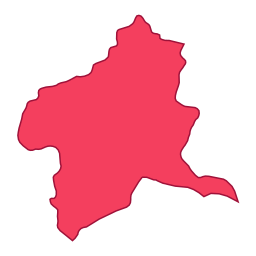 outline of Gunma
{"feature_id": "JPN-3503", "entity_name": "Gunma", "entity_type": "Prefecture", "adm_level": 1, "iso_a3": "JPN", "parent_name": "Japan", "parent_adm1": "", "projection": "albers", "projection_center": [138.983, 36.504], "detail": "fine", "context": "isolated", "style": "filled", "palette": "rose", "viewbox_px": 256, "rotation_deg": 0, "n_neighbors": 0, "source": "natural_earth", "source_scale": "10m", "svg_char_len": 2542}
<svg xmlns="http://www.w3.org/2000/svg" viewBox="0 0 256 256"><path d="M138.9,15.4L141.0,16.1L142.3,17.5L143.0,18.4L144.4,20.8L145.2,21.9L146.3,22.9L147.3,23.5L147.5,23.6L148.9,24.7L149.8,26.1L151.6,32.0L153.4,33.3L155.5,33.7L157.2,33.9L159.6,35.0L160.0,38.4L161.6,39.4L165.0,40.4L169.2,40.5L184.0,44.1L180.8,50.5L180.1,53.0L180.6,55.4L182.6,57.9L184.3,59.4L185.5,60.8L185.7,62.6L185.3,63.9L184.1,65.6L182.8,67.7L181.2,69.8L179.6,72.2L179.0,74.8L179.2,82.7L178.4,85.7L176.3,91.7L175.4,95.4L175.2,98.4L176.2,101.0L181.2,104.5L183.3,105.7L184.9,106.4L195.1,107.6L197.2,108.7L198.9,110.7L199.2,113.5L198.7,115.8L197.7,117.9L195.7,119.6L194.4,121.9L193.9,123.3L193.2,125.0L191.7,127.1L190.7,129.1L190.0,131.5L189.7,134.1L188.4,137.4L187.6,140.7L185.0,145.2L183.8,146.7L182.0,149.5L181.3,150.8L180.7,152.3L180.5,154.3L180.9,156.5L181.7,158.6L183.5,160.8L188.6,166.0L189.9,168.6L191.5,170.9L195.4,175.3L198.3,177.6L200.7,177.5L203.0,176.6L205.4,176.1L208.9,176.3L223.5,179.2L226.3,180.8L232.0,186.4L234.6,191.1L238.1,201.8L227.2,196.1L219.2,193.8L210.9,193.4L203.9,196.6L199.0,192.7L193.6,189.5L187.8,187.3L175.2,186.1L162.9,183.2L157.2,180.7L156.2,180.0L153.6,179.8L146.9,177.3L142.5,177.2L141.8,177.7L138.7,181.8L131.9,192.9L131.0,195.0L130.7,197.3L130.7,199.7L130.4,202.7L129.2,205.1L126.6,207.1L116.2,210.9L99.3,219.0L86.5,226.9L83.3,227.5L81.0,228.5L79.4,230.1L78.4,231.7L77.8,233.8L77.8,234.1L77.8,234.3L75.1,238.2L72.5,240.6L60.1,230.6L57.8,227.6L57.4,225.3L57.8,223.2L58.0,221.0L57.5,216.4L57.8,212.1L57.7,209.7L55.8,207.8L53.6,206.2L51.2,203.9L50.4,201.8L50.0,199.3L51.3,198.4L54.2,198.4L55.5,197.0L56.3,194.9L56.3,191.0L54.7,186.3L53.6,180.4L53.3,177.2L54.3,175.3L57.5,173.0L59.3,171.0L60.6,168.7L61.1,166.0L60.6,164.2L60.4,163.1L59.6,153.3L58.2,149.9L55.8,147.4L52.9,146.3L50.4,146.0L47.9,146.2L45.6,146.9L41.1,148.9L38.6,149.3L35.6,149.1L32.6,150.2L30.3,150.3L28.2,149.7L23.2,145.8L19.9,142.4L18.5,139.5L17.9,135.4L18.3,132.2L19.1,128.1L21.7,119.1L22.7,113.8L23.9,111.7L25.2,109.5L26.1,107.8L26.7,106.0L27.2,103.8L28.2,102.3L30.0,101.1L36.3,99.6L37.9,98.0L38.8,95.9L38.4,92.7L38.8,90.4L40.2,89.0L42.1,88.2L46.1,87.1L52.5,86.4L56.5,85.3L58.2,84.0L60.9,82.9L66.2,81.7L69.3,80.3L76.6,76.4L80.2,76.8L84.5,76.2L88.7,74.6L91.1,72.5L92.1,70.2L93.5,65.0L95.9,63.5L104.9,60.1L107.1,58.1L108.4,56.7L109.0,51.2L109.5,49.2L110.8,47.6L116.5,45.9L117.5,44.3L117.4,41.9L116.6,39.0L116.8,32.6L117.6,30.5L119.1,29.5L129.1,26.4L132.5,23.9L133.0,23.4L134.1,21.7L135.6,18.0L136.9,15.9L138.9,15.4Z" fill="#f43f5e" stroke="#9f1239" stroke-width="1.5"/></svg>